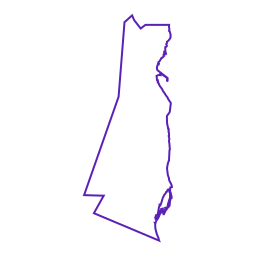 outline of 90, Al Wakrah, Qatar
{"feature_id": "91078587B10284648984722", "entity_name": "90", "entity_type": "district", "adm_level": 2, "iso_a3": "QAT", "parent_name": "Qatar", "parent_adm1": "Al Wakrah", "projection": "orthographic", "projection_center": [51.614, 25.13], "detail": "fine", "context": "isolated", "style": "outline", "palette": "violet", "viewbox_px": 256, "rotation_deg": 0, "n_neighbors": 0, "source": "geoboundaries", "source_scale": "gbopen_adm2", "svg_char_len": 2958}
<svg xmlns="http://www.w3.org/2000/svg" viewBox="0 0 256 256"><path d="M84.1,195.1L86.3,195.2L103.7,195.7L93.9,213.2L159.1,240.6L158.9,240.1L158.5,238.1L157.0,234.6L156.2,231.8L155.4,228.7L155.1,223.2L154.9,222.8L155.6,222.8L155.8,221.6L156.6,220.4L158.4,217.7L160.2,213.4L160.1,212.7L160.5,212.3L160.8,212.6L161.2,212.6L161.2,212.2L160.9,212.0L160.8,211.8L161.6,211.8L161.7,210.4L162.4,210.2L162.4,209.0L162.8,209.0L162.8,208.6L161.2,209.0L161.4,210.1L160.4,210.6L160.3,212.0L160.0,212.2L159.6,212.8L159.2,213.0L158.6,215.3L158.2,215.7L158.0,216.9L157.4,217.2L157.2,217.7L156.4,219.6L155.7,219.2L155.3,217.7L156.1,217.7L155.9,217.3L155.9,215.3L157.3,214.7L157.8,214.1L159.0,207.1L159.4,206.3L159.6,204.7L160.4,205.1L160.6,204.3L161.0,203.9L163.0,197.2L163.4,196.8L164.2,194.9L165.0,194.1L165.8,192.9L166.0,192.1L166.7,191.9L167.7,189.8L167.9,189.6L168.7,189.4L169.7,192.5L170.1,193.1L170.0,198.5L169.6,198.8L167.7,205.1L168.0,205.9L168.0,206.3L167.5,207.1L165.1,207.9L165.3,209.8L165.1,210.2L163.9,210.6L163.9,211.8L163.1,211.4L163.5,214.2L163.9,214.2L164.1,213.4L164.5,213.0L165.3,211.0L166.5,209.5L167.6,207.9L168.8,206.7L169.6,205.5L170.0,201.2L170.6,198.5L171.4,198.3L171.6,198.1L171.6,196.9L170.7,192.9L170.4,192.8L170.1,190.6L170.3,187.4L171.9,187.1L171.7,185.5L170.5,182.7L170.1,182.3L169.0,179.6L169.0,178.4L167.8,174.8L167.0,168.1L167.8,163.8L168.6,161.1L169.0,160.7L169.5,150.1L169.9,149.3L169.6,146.7L169.4,143.3L169.1,142.1L169.0,141.0L169.1,139.9L169.4,139.2L169.0,137.3L168.8,136.6L168.7,136.0L169.0,135.9L169.1,135.0L168.9,132.8L168.5,131.6L168.6,131.0L168.8,130.4L168.6,130.1L168.2,128.8L168.5,128.7L167.9,127.2L167.4,125.0L167.1,123.3L167.0,120.9L166.9,118.1L166.9,116.6L167.2,115.5L167.7,114.8L168.1,114.5L168.6,113.7L169.3,112.7L169.6,112.1L169.9,111.0L170.1,109.0L170.3,107.1L170.6,105.1L170.8,103.3L170.5,102.3L170.0,101.9L169.5,101.1L169.2,100.4L168.6,99.7L168.0,98.7L167.5,97.4L166.7,96.4L166.0,95.5L165.3,94.5L165.0,93.7L164.3,92.8L163.6,91.9L162.8,90.7L162.3,89.5L161.8,88.6L161.0,87.6L160.1,86.4L159.4,85.3L159.0,84.3L158.7,83.3L158.7,82.8L159.0,82.7L158.0,82.7L157.8,82.6L157.7,81.9L157.8,81.6L158.1,81.6L157.8,80.3L157.3,80.4L157.0,80.2L156.6,75.8L157.8,75.3L159.1,75.0L160.0,75.1L159.7,74.7L160.5,73.2L167.1,78.0L167.0,80.7L167.4,80.9L167.6,80.7L167.6,78.0L157.7,70.4L157.2,69.7L157.0,68.8L156.9,67.6L157.3,66.0L157.9,64.3L158.7,64.4L158.9,63.8L158.1,63.5L158.5,62.0L159.3,61.6L161.6,57.8L162.3,57.8L164.0,56.0L163.6,55.6L163.6,54.4L163.8,54.2L165.8,54.2L166.0,54.0L165.8,52.9L164.2,52.9L164.2,51.7L165.4,51.7L165.2,47.7L165.4,47.0L166.2,46.8L166.8,46.2L166.8,45.4L166.2,44.2L166.5,43.9L166.8,43.4L167.0,41.7L167.7,41.2L168.4,40.7L169.3,39.5L170.2,38.3L170.6,37.0L170.4,36.1L170.6,35.8L170.6,35.3L170.5,34.1L169.8,31.9L169.6,31.2L169.0,30.9L169.2,30.1L169.4,29.2L169.1,27.7L169.0,26.3L169.1,24.9L145.4,24.9L140.7,28.5L134.2,20.2L132.1,15.4L124.5,22.2L118.6,96.7L84.1,195.1Z" fill="none" stroke="#5b21b6" stroke-width="2"/></svg>